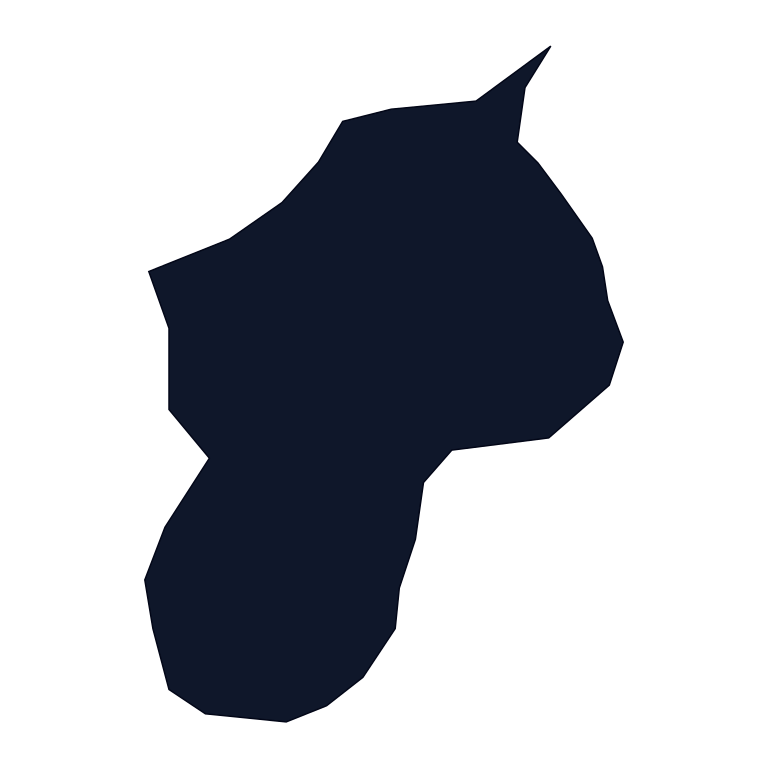 Agios Sozomenos, Nicosia, Cyprus
{"feature_id": "46923920B46638868756169", "entity_name": "Agios Sozomenos", "entity_type": "district", "adm_level": 2, "iso_a3": "CYP", "parent_name": "Cyprus", "parent_adm1": "Nicosia", "projection": "mercator", "projection_center": [33.446, 35.069], "detail": "fine", "context": "isolated", "style": "filled", "palette": "ink", "viewbox_px": 768, "rotation_deg": 0, "n_neighbors": 0, "source": "geoboundaries", "source_scale": "gbopen_adm2", "svg_char_len": 550}
<svg xmlns="http://www.w3.org/2000/svg" viewBox="0 0 768 768"><path d="M623.2,342.1L607.7,300.6L602.5,266.8L592.2,238.2L561.2,194.1L537.9,162.9L517.2,142.2L525.0,87.6L550.8,46.1L476.0,101.1L391.2,109.2L342.7,121.4L318.5,162.0L282.1,202.5L229.6,239.1L148.8,271.5L169.0,328.3L169.0,409.5L209.4,458.2L165.0,527.2L144.8,579.9L152.9,628.6L169.0,689.5L205.4,713.8L286.2,721.9L326.6,705.7L362.9,677.3L395.2,628.6L399.3,588.0L415.4,539.3L423.5,482.5L451.8,450.1L548.7,437.9L609.3,385.1L623.2,342.1Z" fill="#0f172a" stroke="#020617" stroke-width="1.5"/></svg>